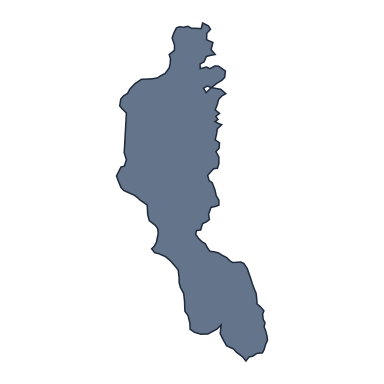 Santo Antônio do Paraíso, Paraná, Brazil (orthographic projection)
{"feature_id": "56859067B65218837854704", "entity_name": "Santo Antônio do Paraíso", "entity_type": "district", "adm_level": 2, "iso_a3": "BRA", "parent_name": "Brazil", "parent_adm1": "Paraná", "projection": "orthographic", "projection_center": [-50.621, -23.583], "detail": "fine", "context": "isolated", "style": "filled", "palette": "slate", "viewbox_px": 384, "rotation_deg": 0, "n_neighbors": 0, "source": "geoboundaries", "source_scale": "gbopen_adm2", "svg_char_len": 2259}
<svg xmlns="http://www.w3.org/2000/svg" viewBox="0 0 384 384"><path d="M211.3,87.6L217.1,83.1L222.1,80.1L224.7,77.4L225.4,71.0L218.6,66.2L215.0,65.9L209.8,68.7L206.5,67.0L200.2,68.7L200.1,64.0L204.1,61.8L206.3,56.5L210.8,55.3L215.2,54.5L211.1,49.6L212.9,42.5L206.6,39.7L206.8,33.2L210.5,29.3L208.3,25.8L202.6,23.0L201.2,28.7L196.6,28.3L191.5,28.3L188.0,26.3L183.5,27.3L179.6,26.7L176.4,27.9L173.9,32.9L172.1,38.0L174.5,45.1L174.4,50.4L169.2,54.5L170.5,58.8L170.1,63.9L169.2,67.9L165.2,73.4L160.5,75.8L157.5,77.9L152.1,78.8L146.5,79.1L141.4,79.3L134.9,83.7L129.8,89.1L127.5,93.5L123.6,95.8L120.8,99.0L119.7,105.9L122.3,109.0L126.4,113.0L124.2,152.8L126.4,159.7L124.4,166.1L121.0,167.0L118.4,172.2L116.5,176.0L118.2,180.7L121.0,187.6L124.0,190.6L127.9,192.4L134.4,195.3L137.4,197.5L140.2,200.2L147.2,205.0L147.7,214.7L149.3,220.7L155.3,225.3L157.7,228.6L158.2,233.6L156.4,242.3L154.3,246.2L151.6,248.8L154.7,252.7L158.8,253.7L165.4,256.6L170.4,260.8L174.8,265.8L178.2,270.0L179.1,277.7L179.1,282.5L180.4,287.4L183.7,293.5L184.5,301.0L184.9,311.3L188.0,315.5L189.9,323.4L190.1,329.3L194.5,332.3L200.9,334.2L207.9,334.0L217.0,329.1L221.1,325.0L220.2,333.6L223.2,339.8L226.7,345.9L233.6,349.0L236.7,352.5L242.5,356.7L245.9,361.0L249.1,356.9L252.5,356.3L257.2,353.3L262.4,352.9L264.1,349.6L265.7,344.1L267.5,340.2L267.0,336.0L265.7,331.0L264.1,326.9L265.0,322.8L263.2,319.3L262.6,314.4L263.9,310.8L260.6,307.0L257.1,303.9L256.6,297.7L256.1,293.3L254.4,289.3L252.9,285.4L251.0,279.4L249.0,273.6L247.2,268.5L243.9,263.5L240.7,262.0L237.0,262.3L232.6,262.5L229.7,260.7L226.7,257.6L222.4,255.4L218.5,252.9L213.9,251.7L209.9,251.3L207.3,247.6L205.2,243.6L202.0,241.8L198.8,238.7L195.7,234.5L196.4,230.6L200.7,230.0L202.5,223.7L206.6,221.8L209.4,219.5L208.6,214.3L211.0,207.4L215.6,206.4L218.9,205.2L218.9,200.1L216.3,196.0L214.8,189.5L212.2,182.7L209.1,180.6L207.6,175.3L210.5,172.1L213.7,168.7L217.4,168.3L218.9,163.5L218.9,157.1L215.9,151.6L219.1,148.3L219.5,142.9L215.2,139.8L216.5,134.3L217.4,128.7L221.7,124.7L218.4,123.4L215.0,121.6L218.0,119.5L215.8,116.4L219.5,113.4L215.2,109.9L217.4,104.2L218.6,99.4L221.9,95.9L225.8,93.7L220.8,89.3L211.3,87.6ZM211.3,87.6L206.1,92.7L203.6,88.2L207.2,86.0L211.3,87.6Z" fill="#64748b" stroke="#1e293b" stroke-width="1.5"/></svg>